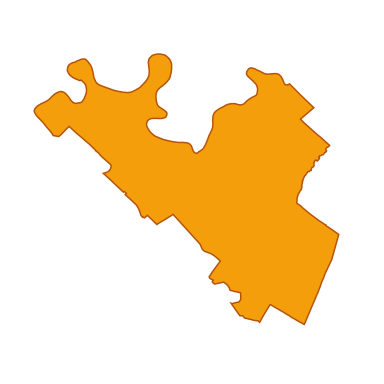 the district of Romanesti, Botosani, Romania, rotated 261°
{"feature_id": "2599482B29124151289433", "entity_name": "Romanesti", "entity_type": "district", "adm_level": 2, "iso_a3": "ROU", "parent_name": "Romania", "parent_adm1": "Botosani", "projection": "orthographic", "projection_center": [27.238, 47.723], "detail": "fine", "context": "isolated", "style": "filled", "palette": "amber", "viewbox_px": 384, "rotation_deg": 261, "n_neighbors": 0, "source": "geoboundaries", "source_scale": "gbopen_adm2", "svg_char_len": 6017}
<svg xmlns="http://www.w3.org/2000/svg" viewBox="0 0 384 384"><g transform="rotate(261 192 192)"><path d="M283.5,305.3L282.9,303.6L283.0,301.9L283.3,301.2L284.2,300.4L285.7,299.8L289.3,299.1L292.6,297.8L294.5,296.2L295.1,295.3L295.6,294.2L295.9,293.0L296.3,289.1L296.3,287.5L296.4,285.7L297.1,283.3L297.8,281.8L301.2,277.1L302.2,275.5L303.5,273.8L304.9,271.2L305.2,270.2L305.3,269.2L305.2,268.2L304.7,267.1L302.4,265.0L300.6,264.3L299.4,264.4L297.3,265.4L292.6,269.2L289.3,271.5L287.9,272.3L286.3,272.7L284.6,272.9L283.0,272.8L281.1,272.3L279.2,271.7L278.3,271.1L277.5,270.4L276.8,268.6L275.7,265.0L274.9,263.4L273.3,260.3L272.1,258.8L270.8,256.7L270.4,254.5L270.5,253.2L270.9,251.8L272.2,249.0L272.7,247.6L273.1,244.4L273.1,242.9L273.0,242.1L273.0,241.4L272.5,239.2L271.1,235.6L270.0,232.1L268.3,228.6L267.4,227.2L266.3,226.2L264.8,225.2L263.3,224.5L258.7,223.5L257.3,223.5L255.6,223.2L252.2,222.3L249.7,220.9L244.5,217.3L241.5,215.7L236.7,212.8L233.2,209.9L232.6,209.1L232.0,208.2L230.6,204.9L229.5,203.0L229.6,202.0L230.2,201.1L230.9,200.3L232.9,199.5L237.7,198.6L239.9,197.1L240.9,195.8L241.6,193.9L242.6,189.8L242.7,188.2L243.5,184.8L244.7,180.8L246.2,176.9L248.1,172.4L250.2,168.7L252.4,165.2L252.9,164.4L254.3,163.0L256.1,161.4L257.4,160.4L259.2,159.4L263.0,157.9L265.1,157.6L266.3,157.7L268.1,158.5L269.5,159.5L270.2,160.6L270.7,162.1L270.9,163.2L270.8,165.1L270.2,168.9L269.5,172.2L269.4,173.2L269.4,175.2L270.0,177.7L271.4,178.8L272.4,179.3L273.5,179.5L274.6,179.4L276.6,177.9L281.0,173.1L282.8,171.7L285.1,171.2L288.1,171.0L292.1,171.3L294.1,171.8L296.3,172.8L297.8,173.8L300.1,176.8L301.3,179.2L303.4,182.7L304.6,184.3L306.9,186.9L308.0,187.8L312.3,189.7L314.6,190.5L316.8,191.1L321.4,191.8L322.9,191.7L324.3,191.4L326.1,190.8L327.4,190.2L330.6,187.6L331.4,186.7L332.3,184.8L333.0,182.8L333.5,180.7L333.7,178.4L333.5,176.3L333.3,174.9L332.7,173.5L331.2,171.4L330.5,170.7L329.3,170.0L326.8,169.1L318.5,168.8L314.6,167.9L312.6,167.0L310.8,165.7L309.0,164.1L307.5,162.3L304.3,158.2L303.2,156.5L301.5,152.3L300.5,149.0L300.1,147.0L300.3,143.8L301.5,139.0L303.2,134.3L303.9,132.5L304.8,130.4L308.2,124.3L310.2,120.6L312.2,117.2L313.6,115.7L315.1,114.6L316.2,114.1L320.1,113.1L327.2,112.8L331.6,112.2L333.5,111.5L337.2,109.5L338.9,108.3L339.9,107.4L340.2,106.5L340.4,105.4L340.4,103.2L339.6,100.1L339.6,99.4L338.6,96.9L338.4,94.3L337.4,91.4L336.6,90.2L335.3,89.1L333.9,88.5L331.8,87.9L330.7,88.0L329.0,88.5L327.3,89.2L325.7,90.4L323.9,92.1L322.8,93.4L319.5,98.7L319.8,99.4L319.9,99.9L319.0,100.7L316.5,102.6L315.2,103.3L313.7,103.8L310.2,103.9L308.4,103.6L306.8,103.2L304.2,101.9L301.7,100.4L300.3,99.4L298.7,97.9L298.1,97.0L297.7,95.9L297.7,90.8L299.0,88.5L301.8,86.5L305.2,85.0L309.3,82.4L310.5,81.0L311.2,79.8L311.6,78.8L311.8,77.7L311.7,76.3L310.7,72.7L309.7,70.9L308.6,69.2L305.8,65.4L304.9,63.6L304.0,61.2L302.6,56.3L301.4,53.4L300.9,52.4L299.5,50.6L298.9,50.0L298.1,49.6L297.7,49.2L297.0,48.9L296.0,48.8L293.2,49.6L290.6,51.1L283.7,55.9L279.3,58.3L274.8,61.2L272.8,62.3L270.8,63.3L269.5,63.7L267.6,69.1L268.1,69.8L268.9,71.3L273.7,77.6L276.0,80.9L268.2,87.1L262.1,92.4L259.0,94.9L255.3,98.1L248.4,103.2L246.9,103.8L246.9,104.4L246.0,105.0L245.2,105.8L243.2,106.8L241.3,108.1L233.6,114.4L231.7,116.1L230.8,116.2L228.9,115.8L227.4,114.9L226.3,113.8L225.4,112.6L225.0,111.4L224.7,110.0L224.3,107.3L216.7,113.4L208.3,119.8L202.6,124.2L203.2,125.0L200.9,127.0L199.8,125.6L196.7,128.2L188.5,134.5L187.1,135.4L182.8,137.0L182.5,136.9L180.9,137.3L176.8,137.9L175.1,139.0L174.6,139.5L174.9,139.8L174.9,140.0L173.9,140.9L174.1,141.6L174.6,142.3L175.9,144.2L175.3,144.8L165.3,152.3L165.9,153.0L169.7,162.6L171.9,167.8L172.9,169.8L139.2,191.8L133.6,193.3L132.7,194.0L131.3,195.4L128.1,201.1L126.3,203.3L123.5,205.9L119.3,209.1L109.9,199.6L105.6,195.7L104.4,195.9L104.0,196.1L102.5,197.8L101.6,199.1L100.1,198.0L99.2,198.5L97.6,199.7L97.6,201.3L97.7,202.4L97.8,204.4L97.8,206.5L98.0,207.8L98.1,208.4L98.0,208.9L97.8,209.4L96.8,210.3L96.0,211.2L95.4,211.5L94.6,212.4L94.1,212.7L92.7,213.2L91.7,213.8L89.7,214.0L89.0,214.3L88.7,214.6L88.1,216.6L87.2,218.1L86.8,219.0L86.5,220.4L85.5,222.4L85.0,224.0L84.1,224.1L80.8,223.8L78.6,223.4L78.3,223.1L77.8,223.1L76.2,221.3L76.0,220.8L75.9,218.2L75.6,215.3L75.7,213.9L76.0,213.2L66.1,218.0L62.3,220.0L61.8,222.6L60.8,223.4L59.5,224.0L59.1,224.5L58.8,225.2L58.5,226.2L56.4,231.3L55.4,233.5L54.8,235.5L54.6,236.6L54.4,237.3L53.8,237.5L52.7,238.4L53.3,239.0L57.5,242.1L68.6,251.5L66.6,254.2L65.4,255.5L59.1,263.4L56.4,266.4L55.0,268.4L53.5,269.8L52.4,270.9L50.5,273.5L47.1,277.5L45.6,279.7L43.6,282.0L44.7,282.9L63.9,294.8L66.7,296.7L70.0,298.6L73.7,301.1L75.5,302.0L79.2,304.2L82.6,305.9L83.3,306.4L85.1,307.4L86.2,308.4L87.8,309.1L91.0,311.0L103.3,319.4L127.1,330.3L136.3,320.8L137.1,319.7L137.8,319.2L138.6,319.1L138.7,318.6L144.4,312.4L152.5,304.5L159.2,298.7L161.5,297.0L162.5,295.9L163.6,294.7L165.0,293.6L167.0,294.4L168.8,294.6L170.9,295.4L171.7,296.0L172.2,296.0L174.6,297.7L175.0,298.2L176.0,298.7L176.9,299.9L177.7,300.5L178.5,300.8L179.2,300.9L180.0,301.5L181.2,301.4L181.7,301.4L183.4,302.4L184.3,302.7L185.4,302.6L185.8,303.3L186.1,303.5L186.6,303.4L187.4,303.8L187.8,304.1L188.5,304.7L190.1,305.6L190.2,305.8L190.7,306.8L191.1,307.0L191.6,307.2L192.2,308.0L192.8,308.5L193.1,309.0L193.5,309.2L194.0,309.7L193.9,311.2L194.9,312.4L194.9,312.8L194.7,313.0L194.8,313.2L195.4,313.2L196.7,313.8L197.5,314.5L197.9,315.9L198.7,316.6L199.2,316.8L200.2,316.6L201.1,317.0L202.0,316.9L202.5,317.7L203.1,317.9L204.0,318.5L204.1,318.9L204.0,319.7L203.4,320.0L203.1,320.4L203.1,320.7L203.5,321.3L204.5,322.4L204.8,322.8L205.4,323.2L206.3,323.2L206.5,323.1L206.6,322.7L206.9,322.7L207.1,323.1L207.8,323.8L207.7,325.0L208.3,325.9L208.3,327.1L208.4,327.4L209.5,328.7L210.2,329.1L210.3,329.3L210.2,329.9L210.8,330.8L211.0,331.1L211.7,331.2L212.1,331.4L212.7,330.8L213.4,330.8L214.0,331.1L214.7,332.0L215.4,333.9L216.5,335.2L225.8,327.7L229.0,324.8L233.0,321.5L243.0,313.4L247.0,310.5L256.2,325.5L270.7,314.5L283.5,305.3Z" fill="#f59e0b" stroke="#b45309" stroke-width="1.5"/></g></svg>